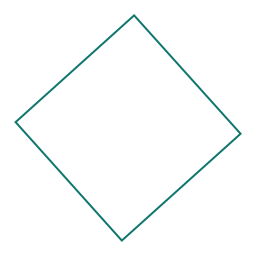 the district of Hemphill, Texas, United States of America, rotated 228°
{"feature_id": "52423323B21915580186486", "entity_name": "Hemphill", "entity_type": "district", "adm_level": 2, "iso_a3": "USA", "parent_name": "United States of America", "parent_adm1": "Texas", "projection": "natural_earth1", "projection_center": [-100.18, 35.838], "detail": "fine", "context": "isolated", "style": "outline", "palette": "teal", "viewbox_px": 256, "rotation_deg": 228, "n_neighbors": 0, "source": "geoboundaries", "source_scale": "gbopen_adm2", "svg_char_len": 234}
<svg xmlns="http://www.w3.org/2000/svg" viewBox="0 0 256 256"><g transform="rotate(228 128 128)"><path d="M207.6,207.9L207.6,112.2L207.6,48.4L48.5,48.1L48.4,207.8L207.6,207.9Z" fill="none" stroke="#0f766e" stroke-width="2"/></g></svg>